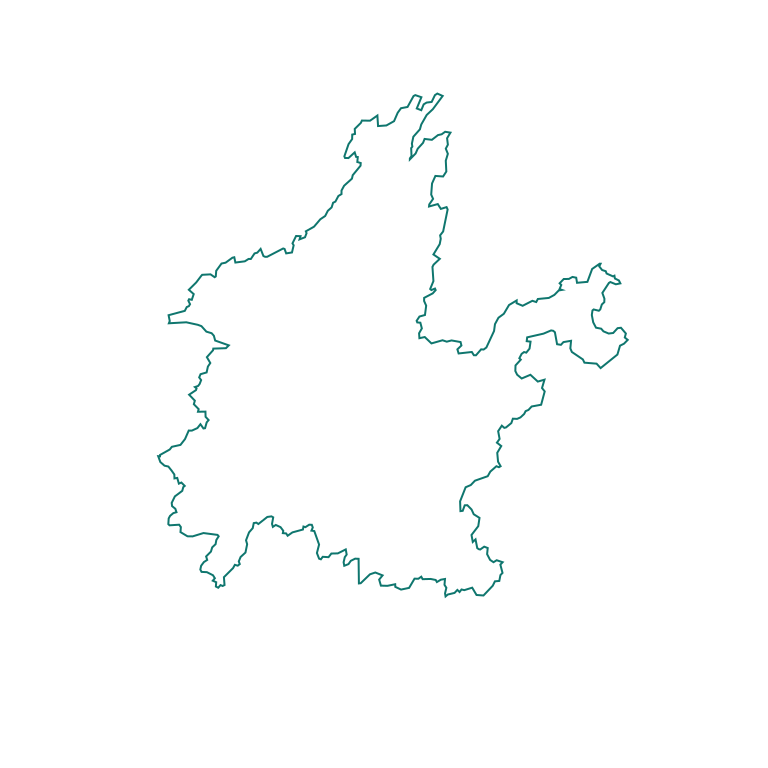 outline of Yunnan, rotated 38°
{"feature_id": "CHN-1810", "entity_name": "Yunnan", "entity_type": "Province", "adm_level": 1, "iso_a3": "CHN", "parent_name": "China", "parent_adm1": "", "projection": "equal_earth", "projection_center": [102.236, 25.179], "detail": "fine", "context": "isolated", "style": "outline", "palette": "teal", "viewbox_px": 768, "rotation_deg": 38, "n_neighbors": 0, "source": "natural_earth", "source_scale": "10m", "svg_char_len": 6165}
<svg xmlns="http://www.w3.org/2000/svg" viewBox="0 0 768 768"><g transform="rotate(38 384 384)"><path d="M384.4,565.0L381.9,563.2L378.8,557.3L376.8,557.6L373.9,560.6L371.2,571.7L368.8,571.8L367.0,573.8L369.3,578.4L369.0,584.0L371.5,592.1L374.8,594.5L378.6,602.1L377.5,608.6L378.8,613.2L381.2,614.7L380.6,617.2L377.8,618.3L378.4,622.0L376.8,634.8L382.1,640.6L381.2,642.5L379.0,643.1L378.8,646.6L376.2,647.1L373.8,643.5L370.2,644.4L370.3,641.2L367.0,640.0L360.3,641.3L355.9,644.4L353.5,643.3L351.8,639.8L351.7,635.2L353.0,631.5L350.0,629.4L350.8,622.6L349.2,618.5L349.9,613.9L347.9,610.1L347.5,605.8L345.7,605.4L333.5,612.6L327.0,621.9L322.9,625.0L314.8,626.0L312.0,621.8L309.2,621.0L302.0,627.4L300.3,627.2L297.1,622.5L296.6,619.6L297.5,615.4L299.4,612.8L296.4,610.8L292.2,610.7L289.9,608.4L288.4,601.3L290.8,592.4L289.3,588.8L289.7,587.0L285.0,586.4L283.7,588.8L278.9,585.3L277.0,587.4L274.5,584.4L269.9,583.0L264.9,581.8L261.3,583.5L255.8,583.2L250.5,579.9L252.0,578.9L251.2,577.8L255.5,567.5L255.5,564.1L261.1,557.3L261.1,549.9L258.8,540.9L261.3,539.0L264.1,533.6L264.1,528.7L269.1,530.2L270.2,529.0L267.9,523.4L268.0,520.4L263.6,519.7L260.3,515.7L254.5,520.4L253.4,517.9L246.6,517.0L245.2,513.6L237.0,512.4L239.6,504.6L239.0,502.9L236.9,502.8L238.7,500.0L238.7,497.5L237.5,493.5L234.3,492.6L233.4,489.2L237.1,484.1L234.5,478.7L234.2,474.4L227.9,471.9L228.5,462.7L227.7,461.2L237.4,453.1L237.9,449.1L224.2,453.7L220.2,450.7L216.9,450.1L211.8,452.1L204.5,450.8L200.8,452.0L190.2,457.1L177.1,468.6L176.4,466.3L171.9,462.4L182.0,449.0L181.2,444.8L182.3,442.8L182.0,440.5L178.5,438.8L178.2,437.2L180.7,436.0L178.7,430.3L172.2,429.9L173.5,419.6L173.4,411.4L173.5,409.9L179.8,404.4L184.8,404.1L185.2,402.8L182.1,398.1L181.8,389.1L184.5,385.9L186.8,377.8L188.0,376.3L192.1,379.8L198.8,373.0L200.3,368.8L202.1,367.5L201.6,360.8L203.3,358.5L203.6,353.5L210.2,357.4L211.9,357.0L213.6,355.7L221.1,339.3L222.5,338.8L226.5,341.3L230.5,337.0L227.4,330.3L225.3,329.5L223.6,321.5L227.2,318.9L228.4,322.0L231.4,317.0L230.1,312.8L228.4,311.8L232.0,303.1L232.4,293.4L234.2,287.8L233.1,282.1L234.0,277.1L232.3,272.5L233.4,270.2L232.3,263.9L233.6,260.5L231.4,257.7L230.5,252.3L232.3,241.9L230.8,238.7L231.1,226.4L229.6,224.2L226.3,225.5L223.6,221.3L222.2,222.2L218.3,219.5L216.9,227.8L214.2,229.9L212.6,229.0L208.4,216.8L208.1,210.6L205.4,207.0L207.2,204.8L203.9,201.0L205.0,192.5L204.4,190.0L210.9,185.1L213.5,176.5L220.5,184.4L226.7,178.8L230.1,170.7L227.8,161.8L227.6,156.2L232.0,151.2L230.0,138.9L230.8,137.1L236.9,135.0L240.2,146.7L244.8,145.3L243.1,139.2L244.3,136.0L247.9,132.4L246.3,125.0L247.2,122.3L252.9,120.9L253.3,137.4L252.0,145.7L253.6,156.6L255.5,161.2L254.9,171.1L258.0,177.4L260.2,179.5L260.2,181.4L265.3,187.4L265.5,190.3L266.1,191.1L267.0,182.9L265.7,177.8L266.3,169.9L265.1,165.9L271.4,162.1L273.3,154.6L275.7,151.7L276.9,147.6L281.6,145.0L282.4,151.5L287.0,156.1L287.8,160.5L292.6,163.3L295.2,170.0L302.3,178.2L302.8,184.1L296.4,188.4L298.4,196.4L304.6,205.7L308.7,207.9L309.1,214.6L310.2,216.4L315.6,209.1L321.0,211.0L324.4,206.1L326.7,207.3L336.7,227.4L336.7,232.3L339.3,234.6L341.8,239.5L343.2,251.5L350.9,251.0L349.6,259.4L350.1,261.9L359.6,272.5L361.9,280.7L363.5,280.8L365.4,277.4L366.9,278.2L366.6,282.6L362.6,291.4L364.5,293.9L369.0,296.3L373.8,304.4L370.4,309.0L370.8,314.1L372.3,315.0L374.9,313.3L379.6,316.9L380.4,322.4L383.7,326.1L387.2,321.9L396.4,322.8L403.2,313.5L407.4,312.0L410.4,308.1L418.5,303.8L421.3,306.0L420.5,311.5L424.0,314.0L433.5,304.7L437.1,306.0L438.8,304.7L439.2,296.9L441.3,295.5L442.2,292.2L438.1,274.5L434.6,268.5L433.4,261.3L435.2,254.9L433.9,244.8L437.1,236.5L438.8,238.7L445.1,237.0L449.7,227.1L453.5,225.7L452.9,222.3L460.9,214.7L463.4,208.9L464.1,202.7L466.3,200.3L463.9,201.1L462.7,196.8L460.4,196.5L461.0,190.6L465.0,187.4L466.6,183.6L470.0,181.9L473.8,185.4L481.4,178.3L477.2,165.2L479.9,156.4L480.6,155.9L481.2,158.8L485.7,159.9L489.3,158.6L491.4,159.9L498.2,158.2L498.9,156.8L501.0,158.7L505.4,157.8L508.3,159.2L505.3,162.7L499.6,164.3L499.0,165.9L500.0,177.8L505.2,181.1L507.2,183.9L506.7,187.2L508.5,192.1L508.2,194.0L503.3,196.2L503.0,197.7L505.3,201.7L510.9,206.6L516.4,209.1L521.1,206.7L524.5,207.4L530.0,205.9L533.2,202.7L533.7,196.2L536.1,193.8L543.5,195.3L545.1,199.1L548.9,199.2L548.3,204.5L546.4,208.5L549.8,217.1L544.9,238.1L539.0,237.1L528.8,243.8L525.6,242.2L512.3,243.1L508.9,241.2L504.8,234.8L499.6,240.5L499.3,244.2L495.9,246.1L486.8,238.0L484.6,237.9L482.7,238.9L478.7,246.1L468.1,259.1L470.1,262.4L473.4,260.4L476.9,266.5L476.8,271.7L474.7,272.6L473.9,275.5L474.8,280.4L476.8,280.6L476.2,288.4L479.5,292.9L483.2,294.7L489.1,294.9L493.7,286.6L503.7,287.4L507.8,281.8L511.0,289.9L515.2,290.9L520.6,303.6L514.2,310.8L513.8,315.5L512.3,318.2L512.9,321.3L512.1,326.3L510.4,329.5L506.9,332.0L508.4,336.4L506.9,343.1L505.8,344.5L502.5,344.3L503.0,350.9L508.9,356.1L509.1,360.7L514.6,360.7L515.6,368.5L521.7,375.0L526.5,377.0L525.8,378.8L523.2,379.6L521.7,387.6L522.5,392.8L515.2,404.2L514.6,410.2L511.9,415.1L516.2,429.6L522.5,437.1L524.1,435.5L522.3,429.9L524.3,428.2L530.3,429.0L534.9,431.4L541.7,430.7L545.8,438.0L545.9,449.1L551.2,453.8L551.8,450.1L558.5,455.9L560.4,455.8L561.7,455.2L563.1,450.5L566.7,449.4L570.0,454.6L575.9,457.3L580.0,457.0L581.3,453.5L587.2,451.4L586.9,454.7L593.7,459.9L593.4,462.9L596.1,468.2L592.9,471.2L593.9,476.0L592.6,489.4L586.8,493.3L578.9,490.2L574.2,497.0L571.6,498.2L571.6,501.4L568.6,501.1L568.2,505.2L563.9,510.6L563.3,513.5L561.0,511.4L558.6,506.2L555.3,505.0L552.1,500.1L549.3,503.2L547.6,507.5L545.4,506.6L540.8,508.9L534.6,514.0L532.0,512.9L531.0,516.3L527.9,518.6L529.3,529.2L524.0,535.5L517.8,536.9L516.1,534.9L511.0,540.9L505.7,544.8L500.6,541.1L500.7,535.7L493.2,537.9L490.1,542.6L488.3,555.3L487.0,556.6L471.6,537.4L468.8,539.4L466.7,543.8L466.9,547.8L464.6,551.7L461.9,549.3L459.7,544.6L459.6,541.4L455.7,537.9L451.9,545.9L446.9,550.0L446.9,554.6L442.1,557.9L442.2,561.0L440.4,561.6L435.2,558.5L431.7,550.5L419.6,542.8L417.1,544.2L416.2,540.9L413.8,539.4L411.7,540.9L410.2,545.2L408.3,545.9L409.7,548.6L403.2,557.3L401.5,562.9L398.9,562.0L396.1,563.8L395.0,561.7L390.6,560.5L385.5,561.7L384.4,565.0Z" fill="none" stroke="#0f766e" stroke-width="2"/></g></svg>